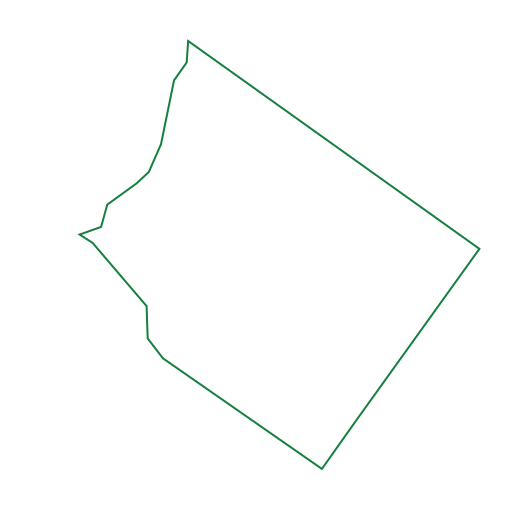 Crisp, Georgia, United States of America, rotated 35°
{"feature_id": "52423323B39330829782254", "entity_name": "Crisp", "entity_type": "district", "adm_level": 2, "iso_a3": "USA", "parent_name": "United States of America", "parent_adm1": "Georgia", "projection": "robinson", "projection_center": [-83.86, 31.917], "detail": "fine", "context": "isolated", "style": "outline", "palette": "green", "viewbox_px": 512, "rotation_deg": 35, "n_neighbors": 0, "source": "geoboundaries", "source_scale": "gbopen_adm2", "svg_char_len": 364}
<svg xmlns="http://www.w3.org/2000/svg" viewBox="0 0 512 512"><g transform="rotate(35 256 256)"><path d="M77.1,118.8L88.2,137.2L88.1,159.1L114.1,219.0L120.0,248.7L116.5,265.0L104.7,299.2L112.4,321.0L99.2,339.6L114.7,339.0L195.1,359.8L214.6,385.7L238.5,393.2L432.1,392.6L432.4,332.2L434.9,122.0L77.1,118.8Z" fill="none" stroke="#15803d" stroke-width="2"/></g></svg>